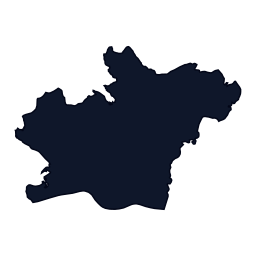 outline of Sichevita, Caras-Severin, Romania
{"feature_id": "2599482B13579040818065", "entity_name": "Sichevita", "entity_type": "district", "adm_level": 2, "iso_a3": "ROU", "parent_name": "Romania", "parent_adm1": "Caras-Severin", "projection": "natural_earth1", "projection_center": [21.828, 44.711], "detail": "fine", "context": "isolated", "style": "filled", "palette": "ink", "viewbox_px": 256, "rotation_deg": 0, "n_neighbors": 0, "source": "geoboundaries", "source_scale": "gbopen_adm2", "svg_char_len": 5714}
<svg xmlns="http://www.w3.org/2000/svg" viewBox="0 0 256 256"><path d="M33.0,202.4L37.8,201.5L49.8,197.8L58.2,195.4L61.6,194.7L72.7,193.1L79.7,191.3L83.1,190.8L85.1,191.0L88.6,192.2L89.6,192.9L91.8,194.7L95.3,200.0L98.3,203.3L100.8,205.7L102.6,207.0L105.3,208.2L109.4,209.0L111.5,209.1L114.9,209.2L119.0,208.8L123.6,207.8L131.1,204.6L132.7,204.1L134.9,203.8L136.8,203.8L140.0,204.5L145.6,206.4L150.4,207.6L154.6,208.4L164.0,209.3L168.0,196.4L168.0,194.7L167.0,192.6L167.3,191.8L168.4,190.6L168.9,189.5L168.9,188.7L167.2,184.5L167.6,183.6L168.8,183.8L170.0,183.8L171.2,182.0L171.7,180.1L171.2,179.0L169.6,177.7L170.4,176.0L170.4,175.1L169.6,172.3L169.6,170.0L170.7,167.4L170.1,165.2L170.3,163.9L171.0,163.5L171.5,162.9L172.0,161.5L172.5,160.6L174.9,158.6L177.6,157.4L178.9,156.3L180.1,154.0L180.3,151.9L180.0,150.2L179.8,148.5L180.4,147.5L183.3,144.6L182.0,143.3L181.8,142.3L184.5,141.5L185.7,141.5L187.5,142.4L188.8,142.7L189.5,142.3L189.5,139.9L192.2,139.5L193.4,140.2L193.4,141.0L192.0,142.0L193.4,144.0L194.8,144.0L195.3,143.2L195.4,142.3L195.8,141.4L195.8,140.7L194.9,139.2L195.3,138.4L197.1,138.0L198.5,136.9L198.7,136.5L198.9,135.0L198.8,133.6L198.6,132.7L197.9,132.1L197.3,131.4L197.7,129.3L198.8,124.5L199.6,122.6L201.4,118.9L202.4,117.1L202.7,117.0L203.6,116.6L205.0,116.4L208.9,117.0L212.6,118.1L215.0,118.0L216.3,118.5L217.4,119.2L218.1,119.9L218.3,120.6L218.8,121.3L220.0,120.6L222.9,119.6L224.7,118.6L227.5,114.9L228.3,112.9L229.4,111.0L231.0,109.7L230.9,107.9L230.2,107.2L229.3,107.1L228.5,106.8L228.4,106.4L228.6,106.0L228.8,105.8L229.9,106.2L230.6,106.0L231.2,105.5L231.6,104.8L232.1,102.4L233.6,103.5L234.5,103.3L235.7,101.5L238.4,99.5L238.7,98.0L239.5,96.4L240.4,93.9L240.6,91.9L240.6,89.4L239.6,87.3L236.3,82.7L235.5,81.4L234.6,81.5L233.4,83.2L232.1,84.2L228.7,84.9L227.7,86.0L227.1,86.3L226.8,84.7L227.6,82.9L226.5,82.7L225.0,84.9L224.4,84.5L223.8,83.6L223.6,82.6L224.0,81.3L224.2,78.6L222.9,76.5L221.9,74.3L218.2,70.0L215.5,70.6L214.4,71.1L211.9,72.7L210.6,72.9L207.7,72.4L204.9,71.5L202.7,71.6L200.2,72.2L199.5,71.6L199.3,70.5L198.4,70.1L195.1,69.8L194.5,69.1L196.6,65.3L196.8,64.5L196.0,64.2L195.4,63.7L194.2,63.5L193.3,64.0L192.1,64.2L190.7,63.4L190.0,63.4L186.0,64.7L185.2,64.6L180.0,66.9L174.4,70.0L170.8,71.5L167.6,74.0L166.9,74.2L161.9,74.3L159.3,74.8L156.5,74.6L155.5,73.8L154.8,71.6L154.0,70.6L153.2,70.4L152.7,70.4L151.9,69.9L151.6,69.5L150.5,69.2L149.2,69.4L147.8,69.1L147.4,68.7L147.4,68.2L145.9,66.8L145.1,66.4L143.9,66.6L142.4,65.6L141.8,64.7L141.2,64.1L141.3,63.1L140.6,62.5L137.9,58.5L135.7,56.5L134.9,54.8L133.5,52.8L132.9,51.2L129.9,47.7L128.6,46.7L127.2,46.9L126.3,47.5L124.7,49.6L124.3,50.3L123.1,51.6L122.9,51.9L123.0,52.3L122.9,52.6L122.4,53.0L120.3,53.5L119.5,53.4L118.4,53.6L117.9,53.1L116.8,53.0L114.2,52.2L112.8,51.2L112.5,51.0L112.4,50.2L112.4,48.7L112.2,48.4L111.8,47.0L111.5,46.9L109.5,47.2L109.0,47.6L108.1,49.0L107.6,49.9L107.4,51.1L106.2,53.8L104.9,54.2L104.1,54.0L103.8,54.9L103.9,56.0L104.3,56.6L104.6,56.8L104.1,57.8L104.2,59.0L104.4,59.9L105.0,60.5L105.1,62.9L105.3,63.8L106.1,64.9L108.0,65.9L109.1,66.3L109.5,66.3L109.6,66.6L109.5,67.0L109.9,67.4L109.5,68.9L108.4,69.6L108.5,71.2L108.7,71.6L109.7,72.1L109.8,72.7L110.2,73.5L111.4,74.7L111.7,74.8L112.0,74.7L112.6,75.4L112.9,76.9L113.4,77.3L113.7,77.2L114.2,77.6L114.5,77.6L114.9,77.8L115.5,77.9L116.0,77.7L116.4,78.1L116.8,78.9L116.7,79.6L117.0,80.9L116.5,81.3L116.2,81.9L114.9,82.2L114.6,82.5L113.9,82.5L112.6,83.3L111.8,84.0L110.9,84.2L109.8,85.4L108.1,86.1L106.6,85.9L105.3,85.4L104.2,85.7L105.4,87.1L105.7,88.7L107.1,89.3L107.3,89.8L106.7,90.3L108.2,91.6L109.2,92.1L110.3,92.8L111.4,95.4L111.8,95.9L113.3,96.4L114.1,97.5L115.0,98.4L115.6,99.7L114.9,101.8L115.0,102.1L114.4,102.4L112.8,102.4L112.6,102.0L112.1,102.8L112.0,103.5L112.0,104.1L111.7,104.0L111.3,103.3L110.8,102.8L109.9,102.4L110.0,103.5L110.2,104.2L110.8,104.7L110.4,104.8L109.4,104.5L109.1,103.6L107.9,101.9L106.8,101.4L106.0,100.7L105.0,98.6L104.3,96.4L100.3,93.4L98.5,92.3L96.8,91.7L95.1,91.4L94.2,90.7L93.2,90.4L93.1,91.4L95.4,93.7L95.9,94.4L94.3,95.0L92.5,96.2L90.9,96.6L89.9,96.3L89.0,95.8L87.7,96.9L87.6,97.9L85.2,99.7L83.9,101.3L83.1,102.6L82.3,103.2L80.8,103.5L78.8,103.7L78.0,104.0L77.2,104.7L76.2,105.4L74.4,105.9L71.1,105.1L66.9,105.0L65.7,104.2L65.0,102.1L64.5,97.6L63.3,96.7L62.6,95.2L62.2,93.5L61.9,91.0L61.2,90.1L59.2,88.8L58.2,88.3L57.2,89.1L54.0,91.2L50.2,93.0L48.2,93.1L45.8,92.5L44.7,94.2L43.5,95.8L41.3,97.6L39.3,98.4L37.8,98.5L37.3,99.2L37.0,105.7L36.0,109.0L33.7,111.3L31.5,113.0L25.7,114.6L23.3,115.6L22.6,116.5L23.5,118.2L23.7,119.3L23.8,120.5L24.4,121.9L24.6,123.6L25.0,125.2L24.8,125.9L23.9,127.5L24.5,127.8L23.9,128.5L22.7,129.2L22.9,130.4L22.2,130.5L21.6,129.7L19.1,129.6L18.5,128.9L17.7,128.3L16.6,130.2L15.4,130.4L15.8,131.6L15.7,131.8L15.9,134.8L15.8,135.4L15.8,136.2L16.1,136.8L16.8,136.5L16.8,137.8L17.7,138.1L19.3,139.5L22.0,140.7L22.8,142.1L25.0,143.6L29.7,145.9L30.6,147.6L32.1,148.9L35.2,149.8L38.0,151.0L39.5,152.0L45.4,158.6L48.9,161.9L50.2,164.0L49.2,164.3L49.2,166.0L49.5,166.5L49.5,167.0L48.7,167.6L47.6,167.2L46.2,167.4L44.5,168.9L41.9,171.8L41.6,173.0L43.9,171.4L45.0,171.0L46.3,171.4L46.7,170.6L46.4,169.5L50.5,172.1L50.3,172.8L48.5,174.3L44.2,177.0L44.3,178.7L44.9,179.7L45.4,178.3L46.1,178.5L46.2,179.3L45.8,179.9L45.7,181.1L46.4,182.4L48.2,183.6L48.4,184.6L48.0,185.9L46.5,187.4L45.6,187.8L44.7,187.5L44.5,187.2L45.6,186.4L46.1,185.9L46.5,185.0L46.0,185.1L45.6,184.8L45.7,182.8L44.2,182.7L43.9,181.7L43.2,181.3L42.3,181.9L42.7,182.6L42.9,183.4L41.3,184.7L39.4,185.7L35.7,186.3L33.7,186.1L30.0,184.9L28.6,185.1L27.1,186.4L26.7,187.0L26.6,187.8L26.6,189.5L26.1,191.4L27.0,194.1L27.3,195.6L27.4,197.0L29.4,198.9L30.7,199.3L33.0,202.4Z" fill="#0f172a" stroke="#020617" stroke-width="1.5"/></svg>